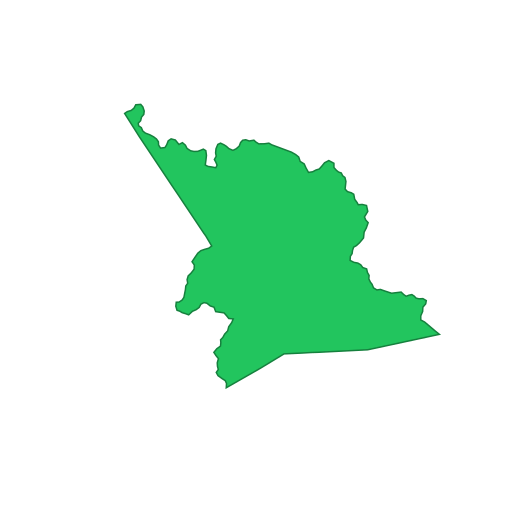 outline of Caatiba, Bahia, Brazil, rotated 219°
{"feature_id": "56859067B44818441273124", "entity_name": "Caatiba", "entity_type": "district", "adm_level": 2, "iso_a3": "BRA", "parent_name": "Brazil", "parent_adm1": "Bahia", "projection": "orthographic", "projection_center": [-40.334, -14.98], "detail": "fine", "context": "isolated", "style": "filled", "palette": "green", "viewbox_px": 512, "rotation_deg": 219, "n_neighbors": 0, "source": "geoboundaries", "source_scale": "gbopen_adm2", "svg_char_len": 2835}
<svg xmlns="http://www.w3.org/2000/svg" viewBox="0 0 512 512"><g transform="rotate(219 256 256)"><path d="M64.2,310.5L69.3,310.5L83.4,310.8L87.7,310.0L90.3,313.2L91.6,317.8L94.1,321.2L94.0,325.6L95.6,328.5L99.5,327.9L102.4,325.3L105.1,324.0L107.7,324.4L110.6,324.1L112.4,321.9L114.0,319.2L116.9,319.0L120.5,319.3L124.3,315.4L127.2,312.4L130.9,311.0L134.6,309.6L138.3,308.3L140.7,305.7L144.6,305.2L148.1,307.1L150.7,307.7L153.9,309.2L155.9,312.1L159.0,313.3L161.9,315.6L165.8,314.2L169.1,315.1L172.4,314.6L175.9,312.7L180.1,311.8L182.5,315.2L182.8,318.3L184.5,321.1L185.7,324.3L184.5,327.3L183.9,331.3L183.8,334.9L183.8,337.7L187.0,342.6L187.9,347.2L189.8,352.5L193.3,353.0L196.3,354.6L197.2,361.0L201.9,364.8L205.9,362.9L208.8,360.2L211.2,361.2L215.0,362.2L218.9,365.5L221.8,365.1L225.4,363.6L228.9,364.1L231.0,367.4L233.0,370.5L236.3,373.0L239.2,372.9L242.0,374.2L244.7,373.2L247.4,373.2L251.1,373.8L253.8,377.1L259.5,376.0L261.4,371.6L261.4,367.4L261.6,363.4L263.5,360.6L265.0,357.1L267.8,354.0L272.6,355.9L276.5,357.9L281.2,357.3L285.1,359.8L289.0,359.8L293.9,359.0L313.8,352.3L317.0,351.8L320.1,348.5L324.4,344.9L327.8,344.5L330.5,344.7L333.7,341.1L337.1,339.9L339.2,337.6L339.4,334.5L338.2,330.8L338.9,326.8L340.4,323.6L344.6,322.4L348.1,322.6L350.8,322.3L354.6,321.4L355.9,318.7L354.6,314.2L352.3,310.7L349.7,308.5L349.1,304.8L346.4,303.7L343.4,302.1L342.8,299.3L346.0,297.6L349.7,295.4L352.7,294.8L355.3,299.1L357.8,303.0L361.3,306.3L364.2,305.9L365.7,303.1L367.1,300.7L370.0,298.2L373.1,296.6L377.3,296.2L380.6,297.7L384.5,297.8L386.1,294.2L391.7,295.4L395.7,293.6L396.7,290.3L395.4,286.2L395.0,283.0L398.1,279.8L401.5,280.9L403.8,283.4L407.0,284.3L410.5,284.2L414.8,283.4L419.3,281.9L422.7,281.9L425.9,283.6L429.1,283.3L431.1,285.1L430.8,288.5L432.4,292.0L432.3,295.4L434.1,298.3L437.8,300.7L441.0,301.3L444.6,297.9L443.9,294.1L444.6,290.6L446.9,287.2L447.8,284.1L421.8,275.3L366.6,258.1L354.1,254.3L347.1,252.1L310.7,240.8L307.7,240.0L296.7,235.9L297.6,232.4L300.4,228.4L302.2,225.5L303.0,221.6L302.6,216.4L302.1,211.3L298.3,210.2L295.8,206.8L295.7,201.8L296.2,197.9L294.7,194.3L291.9,191.8L291.7,188.5L289.6,185.3L287.5,181.3L286.0,178.5L285.7,175.3L286.8,171.7L288.9,169.9L286.7,166.5L283.2,164.1L280.6,165.1L277.7,165.5L274.3,166.9L271.3,167.9L270.6,173.0L268.7,176.7L267.8,180.2L268.5,183.9L267.1,187.0L264.5,188.4L260.1,188.4L256.4,189.8L252.3,187.4L248.9,189.4L245.0,191.7L241.4,191.1L237.8,190.3L234.1,192.8L233.0,189.0L232.7,183.9L230.9,180.0L231.2,175.6L230.5,171.7L230.8,168.6L228.7,166.4L226.9,163.6L228.1,159.3L228.1,154.6L224.3,153.4L220.6,152.6L218.9,148.6L216.5,146.0L213.9,144.1L213.6,140.5L210.2,139.1L204.8,139.4L201.5,139.8L198.7,138.4L196.2,134.9L182.0,171.4L172.6,197.6L159.1,209.6L152.3,215.8L147.3,220.1L110.2,253.4L67.1,306.9L64.2,310.5Z" fill="#22c55e" stroke="#15803d" stroke-width="1.5"/></g></svg>